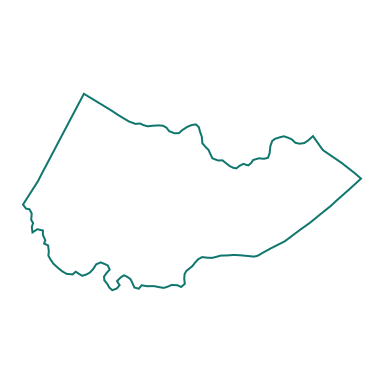 the district of Indiaroba, Sergipe, Brazil
{"feature_id": "56859067B75422103596121", "entity_name": "Indiaroba", "entity_type": "district", "adm_level": 2, "iso_a3": "BRA", "parent_name": "Brazil", "parent_adm1": "Sergipe", "projection": "orthographic", "projection_center": [-37.529, -11.47], "detail": "fine", "context": "isolated", "style": "outline", "palette": "teal", "viewbox_px": 384, "rotation_deg": 0, "n_neighbors": 0, "source": "geoboundaries", "source_scale": "gbopen_adm2", "svg_char_len": 1914}
<svg xmlns="http://www.w3.org/2000/svg" viewBox="0 0 384 384"><path d="M48.8,251.1L48.4,255.7L50.9,260.1L53.5,263.8L57.1,267.1L59.7,269.3L62.5,271.5L66.7,273.9L72.7,274.4L75.7,271.7L78.6,273.6L82.2,275.8L86.6,274.4L89.8,272.6L93.3,268.9L96.2,264.3L100.7,262.4L104.0,263.7L107.7,265.4L109.7,269.6L106.6,273.0L104.0,276.6L104.4,280.4L107.2,283.8L109.5,287.8L112.3,290.2L116.8,288.5L119.6,285.2L117.0,281.1L121.1,277.1L124.0,275.3L127.4,276.9L130.5,279.2L132.3,282.8L134.4,287.5L138.8,288.7L141.6,285.3L147.1,286.2L154.0,286.1L159.4,287.2L163.7,287.9L167.3,286.8L171.6,285.0L177.3,285.2L181.2,287.0L184.8,283.8L184.2,278.5L184.6,274.1L186.3,271.0L189.0,268.8L192.3,266.2L195.1,262.6L198.2,259.2L202.1,257.1L207.2,257.7L212.0,257.9L215.3,257.1L220.7,255.6L227.8,255.4L234.2,254.9L241.6,255.4L249.9,256.2L254.0,256.6L257.6,255.8L263.1,252.6L270.7,248.4L284.6,241.4L300.9,229.2L310.2,222.6L320.2,214.4L330.8,205.9L336.7,200.4L348.5,190.0L361.0,178.6L354.9,173.3L341.5,162.8L322.9,150.1L319.8,145.8L313.0,136.1L308.1,140.5L304.2,143.1L299.6,143.7L295.4,142.8L291.7,139.3L288.0,137.7L283.9,136.3L279.8,137.3L275.0,138.8L272.2,141.0L270.4,146.0L269.6,153.3L268.0,157.7L264.1,158.8L258.9,158.3L253.2,160.0L251.1,163.0L248.3,165.4L243.3,163.9L239.6,165.8L236.3,168.4L233.0,167.7L229.6,166.0L225.9,163.1L222.4,160.3L218.1,160.5L212.4,158.3L210.2,153.7L208.5,149.9L205.5,146.9L202.4,143.3L201.8,136.7L200.0,131.6L198.8,127.1L195.9,124.4L191.8,125.0L187.2,126.9L182.0,130.3L179.0,133.1L174.6,133.3L169.2,131.2L166.4,127.6L162.9,125.7L158.5,125.4L153.1,125.7L147.5,126.3L143.2,125.0L140.1,123.5L135.5,123.9L128.8,121.4L122.1,117.4L118.8,115.4L111.5,110.6L83.9,93.8L73.8,112.9L45.5,166.7L43.5,170.4L38.0,181.1L23.0,204.6L26.0,208.6L29.5,209.3L31.7,213.5L31.2,219.9L33.1,223.0L31.8,227.1L32.5,232.4L37.3,229.2L42.9,230.5L42.9,235.0L45.3,240.3L44.1,243.6L48.1,245.4L48.8,251.1Z" fill="none" stroke="#0f766e" stroke-width="2"/></svg>